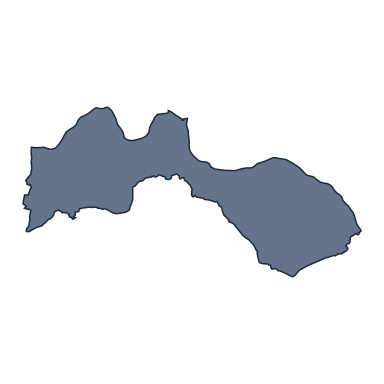 Kaplavas pag., Kraslavas, Latvia
{"feature_id": "27541924B33567363876406", "entity_name": "Kaplavas pag.", "entity_type": "district", "adm_level": 2, "iso_a3": "LVA", "parent_name": "Latvia", "parent_adm1": "Kraslavas", "projection": "mercator", "projection_center": [27.187, 55.84], "detail": "fine", "context": "isolated", "style": "filled", "palette": "slate", "viewbox_px": 384, "rotation_deg": 0, "n_neighbors": 0, "source": "geoboundaries", "source_scale": "gbopen_adm2", "svg_char_len": 5930}
<svg xmlns="http://www.w3.org/2000/svg" viewBox="0 0 384 384"><path d="M268.5,159.6L266.2,160.7L264.7,161.3L257.7,163.5L256.5,164.3L254.5,166.3L252.9,167.3L250.8,167.9L245.8,168.0L241.0,168.9L236.2,170.4L234.4,170.6L228.4,170.5L223.0,170.1L215.0,169.1L212.6,167.9L211.3,167.0L210.4,166.0L209.5,164.3L209.1,163.7L208.0,162.8L207.2,162.4L205.6,162.0L201.4,161.6L199.1,160.8L198.3,160.3L193.4,155.8L191.1,152.8L190.2,151.2L189.9,150.4L189.4,148.3L189.1,145.8L189.3,143.5L189.2,141.2L188.6,136.4L188.3,131.3L187.9,130.2L187.7,129.4L186.5,125.1L186.7,122.6L187.3,119.7L187.4,118.4L183.1,119.1L183.3,120.2L182.4,120.1L182.2,119.3L180.4,118.1L180.1,118.1L180.0,117.9L176.7,115.7L176.1,115.4L174.9,114.6L174.7,114.3L170.3,111.3L168.3,110.6L168.4,111.8L168.2,112.2L168.0,112.7L167.5,113.2L157.4,114.4L156.5,115.5L155.3,116.8L154.2,118.2L153.1,121.0L150.9,124.7L149.7,127.4L149.4,129.4L148.7,132.5L147.7,134.0L146.3,135.7L144.2,137.2L142.1,138.2L136.5,139.8L133.2,140.5L131.5,140.6L129.2,140.3L127.4,139.8L125.9,139.0L124.7,137.8L123.9,136.3L123.1,132.6L121.4,129.6L118.8,126.1L117.6,124.4L117.0,122.8L116.3,120.0L115.0,116.9L113.8,114.5L112.1,111.4L111.2,110.3L109.7,108.7L108.2,107.5L107.4,107.2L105.9,107.5L103.8,108.4L101.8,108.6L99.4,108.5L98.0,108.1L96.1,107.9L94.6,108.5L90.6,111.8L88.7,113.2L84.2,115.8L82.3,116.5L80.9,117.3L78.9,119.1L77.9,120.8L77.1,122.8L75.9,125.1L74.0,126.9L69.4,129.6L66.3,131.9L63.9,136.0L62.5,138.9L59.5,143.5L58.0,145.6L55.6,147.9L53.2,148.9L51.4,149.3L49.0,149.0L44.4,147.4L42.9,147.3L41.3,147.5L34.7,147.7L31.4,147.2L31.1,151.9L31.2,153.7L31.7,157.2L31.1,163.0L31.7,166.2L31.6,169.6L31.0,172.2L30.9,174.2L28.1,177.4L25.7,180.5L27.2,183.2L26.9,183.8L26.8,184.0L29.5,185.1L29.9,184.8L30.3,184.9L30.5,185.8L30.9,186.0L31.0,186.5L31.3,187.2L30.7,188.6L30.2,189.3L29.9,190.4L28.3,194.7L24.5,195.1L23.0,203.7L23.5,204.3L24.8,205.1L26.0,206.5L24.4,208.3L28.0,209.4L29.9,209.5L30.7,210.2L30.8,210.5L30.6,211.8L30.2,213.6L29.6,217.4L29.9,218.9L29.3,222.5L29.0,225.5L28.9,225.5L26.5,229.1L26.3,231.2L26.5,231.6L29.1,231.6L36.2,227.6L42.2,225.7L43.2,224.3L45.0,223.0L48.6,219.3L50.0,219.0L52.0,217.3L53.8,215.0L54.0,213.1L54.6,212.1L55.2,211.6L58.1,210.0L58.3,210.0L59.5,210.9L61.4,211.6L62.2,212.9L63.4,212.4L64.0,212.6L65.2,212.5L65.6,212.8L66.1,212.9L66.7,212.8L67.8,213.6L68.3,214.2L69.2,214.6L69.2,215.3L69.1,216.0L69.4,216.8L69.9,217.2L70.5,217.4L71.2,217.3L72.3,218.5L72.4,219.2L72.9,219.3L73.9,218.7L74.4,218.5L75.5,217.7L73.7,217.3L73.5,217.1L73.8,216.5L75.3,215.1L75.4,213.8L75.0,212.3L75.2,212.1L78.2,211.7L78.7,211.5L79.5,208.9L82.2,208.1L83.8,207.8L85.8,207.7L89.3,207.0L91.1,207.4L93.0,207.4L96.1,207.1L97.9,208.2L99.9,208.3L102.9,209.4L103.4,209.0L105.4,208.8L110.0,211.1L112.2,212.5L116.1,213.8L125.6,212.3L127.7,211.1L129.5,209.8L129.8,207.5L132.0,202.0L132.8,198.8L132.7,190.2L132.8,187.1L133.0,186.9L135.1,186.1L138.7,181.6L142.6,180.8L145.2,178.4L146.5,177.8L147.0,177.7L148.5,177.7L149.6,177.2L150.2,177.1L151.5,177.1L151.8,177.0L151.8,176.4L151.9,176.2L152.4,176.3L153.0,176.1L154.0,175.9L154.2,176.1L154.3,176.7L154.5,176.9L154.9,176.9L155.8,177.0L158.2,175.7L158.4,175.4L158.6,175.4L158.9,175.0L159.2,174.9L160.7,175.2L162.8,176.5L163.2,176.6L164.1,176.3L164.4,176.4L165.2,177.3L165.5,178.7L165.7,179.1L166.8,179.1L167.5,179.4L168.1,179.4L168.9,179.5L169.3,179.3L170.4,179.1L170.9,178.6L171.4,177.8L171.5,176.0L171.9,175.6L173.0,175.1L174.2,174.9L175.1,174.6L175.9,174.1L176.5,174.1L177.5,174.6L179.3,176.0L179.2,177.2L179.8,178.9L180.4,179.0L182.0,177.9L183.6,177.6L183.8,177.8L183.8,178.1L184.2,178.7L184.5,180.4L185.2,180.7L186.4,181.6L187.2,182.0L188.4,183.7L189.3,184.3L190.0,184.9L190.7,186.4L191.1,187.5L191.5,187.9L191.8,188.6L192.0,188.6L192.1,189.0L192.1,189.3L191.7,191.6L191.6,193.4L191.5,193.9L191.8,194.3L191.8,195.6L192.7,196.7L193.0,196.8L193.8,196.7L194.2,196.1L194.8,195.8L195.1,195.5L196.4,197.0L196.6,197.1L203.5,198.2L204.4,199.5L208.1,199.9L210.2,200.3L215.2,202.0L217.0,201.6L218.4,204.1L218.8,205.7L221.3,207.2L221.9,208.2L222.6,212.1L223.4,213.5L223.8,215.0L225.6,216.6L228.2,219.3L229.0,221.8L232.7,223.2L234.2,224.5L241.7,234.0L243.2,235.9L243.5,235.9L244.2,236.4L244.8,237.2L248.9,239.8L253.9,245.3L256.1,250.0L256.7,250.5L257.5,252.2L257.6,252.5L257.2,253.1L257.1,253.7L257.5,254.5L257.8,256.9L259.0,261.5L259.1,262.0L260.0,262.9L261.2,263.1L262.4,263.7L267.9,264.0L268.8,265.0L270.0,265.1L270.4,265.4L270.6,265.6L271.4,268.6L271.8,269.0L272.4,269.1L275.4,268.6L276.0,268.7L278.4,270.9L278.9,270.9L279.6,270.7L292.6,276.8L294.7,275.7L297.5,272.3L299.6,270.1L308.3,265.3L326.8,257.5L327.4,257.6L328.4,257.3L328.9,257.1L329.4,256.6L330.9,256.4L333.4,255.6L334.0,255.6L335.2,255.8L335.4,255.6L335.7,255.3L336.7,255.0L337.7,254.3L338.0,253.9L340.0,253.7L340.4,253.8L341.2,253.6L341.6,253.8L342.6,253.3L343.0,252.5L343.9,252.1L344.4,252.2L344.9,251.7L346.1,251.1L346.6,250.5L347.6,249.6L347.9,248.2L347.4,247.6L347.4,247.3L346.8,246.7L345.9,246.4L345.8,245.7L346.0,245.3L346.6,245.0L346.5,244.4L347.0,244.2L347.5,243.7L348.1,243.5L348.4,243.7L349.0,243.6L349.5,243.0L349.5,242.6L350.0,242.0L350.1,241.0L349.8,240.5L349.5,240.4L350.2,239.5L350.2,238.1L350.4,237.5L350.3,237.2L350.7,237.0L351.3,236.2L353.2,235.6L355.5,233.8L355.9,233.6L356.2,233.7L357.6,234.8L358.3,234.6L358.8,234.3L358.7,233.8L358.8,233.4L358.6,233.1L358.4,232.6L358.8,232.6L359.1,232.4L359.5,232.6L359.5,232.4L359.8,232.1L359.8,231.8L361.0,231.1L360.8,230.0L360.0,228.8L358.7,227.2L357.2,224.8L356.0,221.6L354.9,217.8L354.3,215.3L353.6,213.6L353.3,213.1L349.0,206.9L346.5,204.2L344.1,201.9L342.9,200.3L342.3,198.1L341.1,196.2L339.3,194.6L336.4,192.5L334.5,190.5L333.3,188.6L332.1,186.8L330.2,185.0L328.3,184.0L326.5,183.4L323.2,183.1L320.7,182.3L316.1,179.2L314.5,177.6L313.3,176.9L311.9,176.4L307.9,175.5L306.1,174.5L304.1,172.7L302.1,170.4L300.0,168.3L297.7,166.4L292.4,163.0L285.8,159.5L282.4,159.0L275.2,157.7L272.9,157.8L268.5,159.6Z" fill="#64748b" stroke="#1e293b" stroke-width="1.5"/></svg>